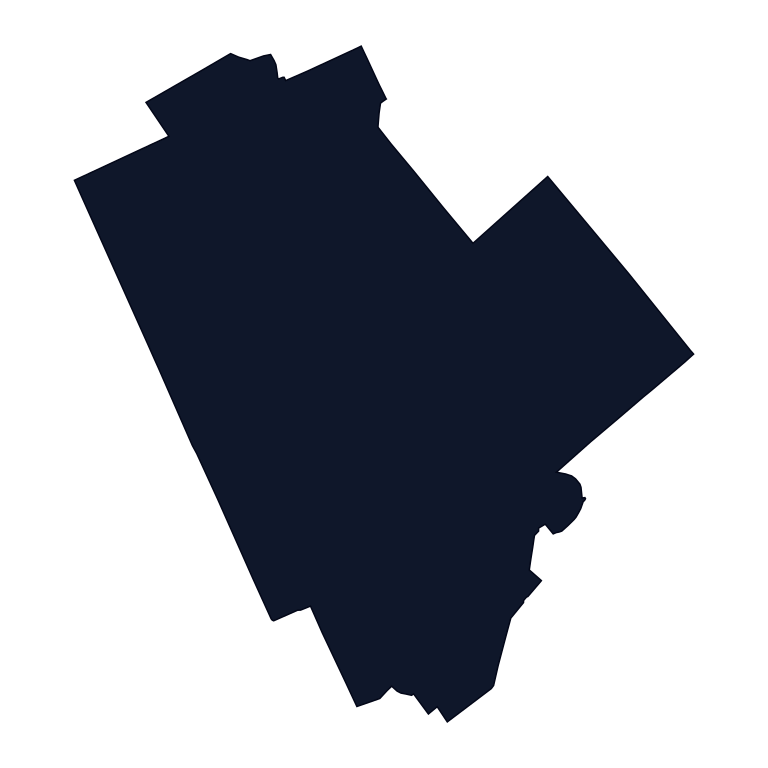 Bogdana, Teleorman, Romania
{"feature_id": "2599482B84849279259859", "entity_name": "Bogdana", "entity_type": "district", "adm_level": 2, "iso_a3": "ROU", "parent_name": "Romania", "parent_adm1": "Teleorman", "projection": "orthographic", "projection_center": [25.095, 43.922], "detail": "fine", "context": "isolated", "style": "filled", "palette": "ink", "viewbox_px": 768, "rotation_deg": 0, "n_neighbors": 0, "source": "geoboundaries", "source_scale": "gbopen_adm2", "svg_char_len": 1639}
<svg xmlns="http://www.w3.org/2000/svg" viewBox="0 0 768 768"><path d="M447.3,721.9L491.3,688.6L493.6,685.5L498.2,665.4L506.0,635.9L510.8,618.1L523.5,602.6L523.6,600.5L525.0,598.8L526.5,597.1L527.9,596.5L541.2,580.9L541.4,580.6L534.1,574.2L529.3,570.0L529.6,567.8L530.4,562.2L531.1,557.5L532.7,547.5L533.8,539.8L534.5,535.4L538.6,531.1L538.6,528.1L545.2,524.2L547.0,526.3L553.2,533.9L556.2,532.6L559.2,532.0L561.8,531.1L567.7,525.8L574.1,519.5L576.0,517.2L578.7,512.5L580.7,508.7L583.2,501.6L584.5,500.5L585.5,498.7L584.9,497.6L582.1,498.0L581.0,487.3L579.9,484.1L575.6,478.9L571.6,475.9L568.7,475.0L565.7,474.0L556.4,472.2L590.6,441.8L618.9,417.9L643.5,396.8L652.3,389.6L670.8,373.9L675.7,369.8L685.5,361.4L691.9,355.6L693.6,354.1L690.3,350.3L628.6,273.5L547.7,176.5L473.0,243.3L443.3,207.6L414.1,171.6L390.8,143.6L378.2,127.5L378.0,126.4L379.1,113.0L380.5,103.2L382.7,101.5L386.3,99.0L386.1,98.8L382.4,91.2L380.1,86.6L379.4,85.2L376.7,79.4L366.9,58.2L364.0,52.1L361.2,46.1L357.8,47.8L333.9,58.9L306.1,71.7L285.7,80.6L284.1,77.3L282.8,77.3L278.5,79.0L277.7,77.8L277.1,72.5L275.9,64.7L274.1,60.6L270.6,54.5L263.6,55.9L250.0,60.7L247.1,59.6L238.6,57.1L230.6,53.6L197.9,72.6L146.0,102.4L168.9,136.3L74.4,180.3L81.5,196.2L110.4,260.7L148.6,346.0L154.5,359.3L158.7,368.6L192.4,445.6L196.7,453.5L217.6,499.0L253.1,579.0L271.2,618.9L272.3,620.2L273.7,620.8L277.5,619.1L297.6,610.2L300.6,610.1L310.5,606.1L322.3,632.9L346.0,683.1L356.9,706.5L379.8,698.5L387.2,690.5L391.7,686.2L397.1,691.1L401.0,693.1L405.8,694.0L411.6,695.3L413.6,693.9L428.4,714.0L437.2,706.7L444.5,717.7L447.3,721.9Z" fill="#0f172a" stroke="#020617" stroke-width="1.5"/></svg>